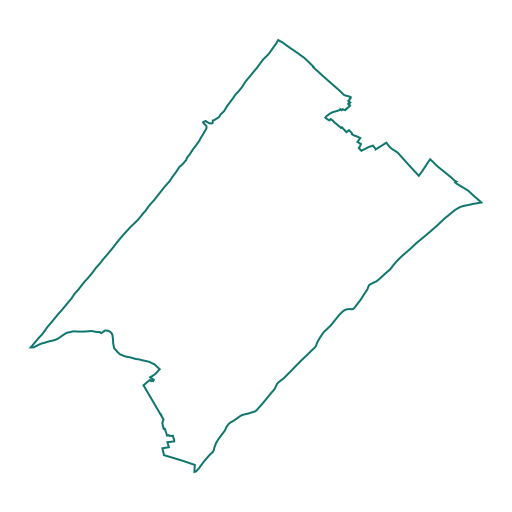 outline of Gaza, Gaza Strip, Palestine
{"feature_id": "87354302B92317438543703", "entity_name": "Gaza", "entity_type": "district", "adm_level": 2, "iso_a3": "PSE", "parent_name": "Palestine", "parent_adm1": "Gaza Strip", "projection": "albers", "projection_center": [34.448, 31.487], "detail": "fine", "context": "isolated", "style": "outline", "palette": "teal", "viewbox_px": 512, "rotation_deg": 0, "n_neighbors": 0, "source": "geoboundaries", "source_scale": "gbopen_adm2", "svg_char_len": 5912}
<svg xmlns="http://www.w3.org/2000/svg" viewBox="0 0 512 512"><path d="M278.2,40.1L277.9,40.6L276.0,43.8L272.8,48.2L269.5,52.9L267.6,55.1L266.1,56.6L263.3,59.3L257.1,67.6L245.5,81.6L241.7,87.5L237.9,92.1L235.6,94.4L232.8,98.5L227.1,106.1L224.1,111.1L221.9,113.3L220.8,114.2L218.9,117.2L217.0,118.3L215.4,119.4L214.0,120.2L212.8,120.5L212.8,121.6L212.6,123.0L211.4,123.5L209.2,123.2L207.2,122.1L205.5,121.0L203.8,121.8L203.1,122.3L204.2,123.8L205.7,125.2L206.5,126.4L206.5,128.1L205.6,130.0L204.5,131.6L202.9,134.6L200.7,138.0L199.3,140.8L196.9,144.2L192.8,149.6L189.4,154.8L186.8,157.9L186.4,159.7L185.7,160.6L184.5,161.9L183.2,163.6L179.3,167.1L176.6,171.3L172.5,176.8L169.6,181.2L164.7,186.7L160.0,192.6L153.9,200.4L150.4,204.2L148.3,206.8L145.7,210.6L143.3,213.2L141.1,216.0L137.4,220.4L130.3,227.2L128.7,229.0L124.9,233.1L120.5,238.1L117.3,242.0L113.0,247.6L107.2,254.6L103.3,259.1L99.8,263.6L95.5,268.4L92.1,273.1L87.3,278.8L85.0,281.2L82.2,284.6L78.7,289.2L74.5,293.9L71.1,299.0L68.0,302.6L61.9,310.0L58.3,313.9L54.1,319.1L50.3,323.7L47.5,326.9L45.2,330.1L44.2,331.5L42.2,334.3L39.2,337.4L32.3,345.6L30.7,347.4L34.0,347.3L35.3,346.5L36.3,346.0L37.9,345.2L39.6,344.3L40.4,344.0L41.2,343.7L42.1,343.4L43.7,343.0L45.1,342.6L47.6,341.8L48.9,341.4L50.5,341.0L52.1,340.7L52.9,340.6L54.0,340.3L55.2,339.9L55.8,339.6L56.8,339.2L58.0,338.6L58.8,338.1L59.7,337.5L61.6,336.1L63.7,334.7L64.9,333.9L66.4,333.0L67.0,332.8L67.5,332.6L67.9,332.5L68.8,332.4L69.8,332.3L70.7,332.0L71.7,331.7L72.4,331.5L73.3,331.4L74.1,331.3L76.9,331.5L79.6,331.6L81.5,331.6L83.4,331.6L85.2,331.5L87.0,331.4L89.3,331.2L91.9,331.0L93.5,331.4L95.1,331.7L95.9,331.8L97.6,332.0L98.4,332.0L99.9,332.1L100.2,332.4L100.5,332.7L100.9,332.9L101.3,333.1L103.1,331.9L104.8,330.6L105.4,330.5L106.0,330.5L106.5,330.5L107.0,330.6L107.7,330.7L108.4,330.9L109.2,331.3L109.9,331.7L110.5,332.1L111.0,332.6L111.6,333.3L111.9,333.9L112.4,334.8L112.5,335.3L113.0,339.5L113.2,343.3L114.1,348.1L117.5,352.0L120.1,354.4L125.1,356.4L130.8,357.5L135.8,359.0L138.5,359.3L139.5,359.5L140.5,359.8L142.5,360.3L149.6,361.9L149.7,362.0L149.9,362.1L150.0,362.3L150.3,362.4L154.4,364.3L159.7,369.2L159.6,369.3L156.0,373.3L155.4,373.9L153.9,375.0L152.9,375.6L152.4,376.0L150.2,377.2L152.7,379.1L153.2,379.4L153.8,379.8L153.1,381.1L151.9,380.4L151.1,381.1L149.9,379.9L143.5,385.3L159.2,412.1L159.7,413.0L160.4,414.2L160.7,414.1L161.1,414.7L160.8,414.9L163.5,419.5L162.3,423.2L163.7,428.9L164.8,428.7L167.1,435.6L168.7,435.1L169.4,435.9L173.0,435.8L173.1,436.1L173.2,436.9L173.3,437.4L173.6,438.3L174.1,439.4L174.2,439.6L174.2,440.1L174.2,440.7L174.2,441.4L167.4,442.2L168.9,447.2L162.4,448.3L164.0,455.2L168.8,456.6L180.6,460.1L194.8,464.9L194.4,471.9L194.7,471.8L196.0,471.5L196.8,470.7L199.3,467.9L200.6,465.9L202.2,463.9L203.3,462.3L207.7,457.1L209.9,454.6L211.7,453.0L212.8,452.0L213.4,450.9L213.9,449.6L214.3,447.9L215.5,444.5L216.2,442.8L217.4,440.8L218.9,438.5L221.5,435.0L223.6,432.2L224.6,431.0L225.4,429.5L226.1,427.6L227.4,425.6L228.4,424.3L229.7,423.0L234.3,420.3L237.0,418.4L240.0,416.2L241.8,415.2L243.6,414.6L247.2,413.8L249.8,413.1L251.7,412.4L252.9,412.1L255.3,411.3L256.2,410.6L262.4,403.7L271.6,392.5L274.2,389.6L275.3,387.7L276.2,385.7L277.0,383.9L278.4,382.4L284.2,377.9L287.7,374.3L301.3,360.4L307.3,354.8L311.7,350.4L314.2,348.2L315.8,346.3L316.8,343.5L317.9,341.1L320.2,337.2L323.9,331.9L327.4,328.7L330.7,325.5L339.1,315.1L342.5,311.7L344.6,310.1L346.9,309.3L349.1,309.1L351.1,309.2L352.8,309.2L354.1,308.3L360.7,299.6L364.5,293.7L367.4,289.3L368.2,287.1L368.7,285.9L369.4,284.8L374.0,282.4L376.4,281.4L379.2,279.1L386.7,272.3L390.2,269.4L393.4,265.1L396.6,261.4L401.1,256.8L410.8,248.4L416.3,243.2L425.4,235.7L432.4,229.7L437.5,225.2L444.4,218.6L447.3,216.3L450.1,214.0L455.1,209.9L458.5,207.9L461.0,206.7L463.6,205.9L467.4,205.2L472.8,204.0L481.3,202.5L480.1,201.3L473.3,195.4L468.0,190.5L457.0,183.9L456.1,183.2L455.2,182.5L456.4,181.6L455.9,181.4L455.5,181.2L454.3,180.3L453.1,179.3L452.2,178.4L451.2,177.5L445.5,172.8L442.8,170.6L440.6,168.9L439.4,167.9L437.8,166.5L436.6,165.5L435.3,164.2L433.1,162.0L430.1,159.3L427.3,163.4L426.3,165.0L425.8,165.8L422.4,170.9L419.2,175.3L418.8,175.8L411.3,167.7L407.5,163.5L401.4,156.8L398.5,153.5L397.6,152.7L396.8,152.0L396.2,151.6L393.0,149.6L391.6,148.6L390.6,147.8L389.9,147.1L389.4,146.6L388.0,144.9L386.4,142.7L375.8,149.3L375.8,149.2L373.0,145.6L371.9,146.0L369.6,146.7L368.5,147.1L363.3,149.8L361.4,150.8L358.8,148.0L359.7,146.7L360.1,146.0L360.4,145.5L360.7,144.5L360.9,144.0L357.5,142.0L360.3,138.0L358.1,137.0L356.6,136.3L355.2,135.8L354.7,135.8L354.4,135.6L353.7,135.3L352.1,134.3L352.0,134.2L351.9,133.9L352.0,133.4L351.9,133.2L350.1,131.3L349.0,130.2L346.5,132.2L345.0,130.6L343.5,129.0L341.9,127.3L341.4,127.8L341.0,128.0L340.4,127.3L338.7,125.9L334.6,122.5L333.2,121.2L333.1,120.8L333.0,120.7L331.8,119.9L330.7,119.0L330.4,119.3L329.7,120.2L329.6,120.3L329.4,120.3L329.2,120.3L328.3,119.8L326.3,118.5L325.3,117.6L326.2,116.7L326.9,115.8L327.9,115.2L328.8,114.4L329.4,113.9L329.8,113.6L330.2,113.5L330.9,113.2L331.2,113.0L332.0,112.5L332.3,112.3L332.7,112.2L335.0,111.5L337.3,110.9L337.8,110.7L340.2,109.8L340.4,109.6L340.5,109.5L340.5,109.2L340.9,109.4L341.7,110.2L342.8,109.2L343.4,109.6L343.8,109.8L344.2,109.9L344.6,109.9L345.1,110.2L345.8,109.6L346.2,109.0L346.3,109.1L348.2,107.4L349.5,106.2L349.9,105.9L350.1,105.7L349.6,104.8L349.4,104.8L349.2,104.9L349.1,105.0L349.0,104.8L348.8,104.6L348.1,103.9L349.0,103.0L349.5,102.9L349.7,103.0L350.2,102.6L348.3,100.9L349.3,99.9L350.3,98.7L349.9,98.4L350.7,97.2L349.9,96.8L349.3,96.5L348.8,96.4L347.9,96.1L345.8,95.6L345.2,95.5L344.4,95.1L343.9,94.8L343.6,94.6L343.2,94.2L342.6,93.6L342.2,93.1L337.9,89.1L337.5,88.8L329.7,82.0L322.5,75.6L313.1,67.1L313.4,66.7L310.2,63.5L305.7,59.2L304.4,58.0L303.9,57.6L303.1,57.0L300.8,55.4L298.3,53.5L297.1,52.7L296.2,52.1L289.6,47.6L282.6,42.5L278.2,40.1Z" fill="none" stroke="#0f766e" stroke-width="2"/></svg>